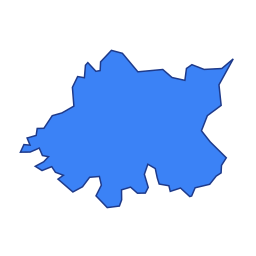 outline of Shurchi, Surkhandarya, Uzbekistan, rotated 267°
{"feature_id": "79887680B75578252058464", "entity_name": "Shurchi", "entity_type": "district", "adm_level": 2, "iso_a3": "UZB", "parent_name": "Uzbekistan", "parent_adm1": "Surkhandarya", "projection": "robinson", "projection_center": [67.865, 37.956], "detail": "fine", "context": "isolated", "style": "filled", "palette": "blue", "viewbox_px": 256, "rotation_deg": 267, "n_neighbors": 0, "source": "geoboundaries", "source_scale": "gbopen_adm2", "svg_char_len": 1012}
<svg xmlns="http://www.w3.org/2000/svg" viewBox="0 0 256 256"><g transform="rotate(267 128 128)"><path d="M123.3,26.7L116.0,29.3L116.9,23.2L109.5,19.3L109.1,29.0L112.6,38.3L105.0,41.1L103.5,47.1L98.7,42.1L94.6,33.4L90.0,39.9L93.4,49.8L87.6,53.2L84.2,61.0L80.6,55.4L67.0,69.6L71.7,79.5L80.8,87.1L81.1,96.9L72.3,98.4L61.9,92.5L49.6,103.1L50.5,115.3L56.6,117.9L66.6,118.3L68.8,127.5L62.4,134.0L62.1,141.9L67.6,145.1L80.9,141.9L90.8,145.9L86.1,153.1L76.7,154.6L70.4,156.2L68.2,165.8L62.5,166.9L65.3,177.3L56.3,186.1L56.8,188.0L64.8,191.9L67.5,206.6L75.4,213.6L78.3,218.6L85.8,219.4L93.1,224.6L109.9,209.3L121.4,201.2L136.2,207.9L145.7,222.2L166.4,221.1L191.5,236.7L182.5,224.8L182.5,207.1L187.9,195.1L184.4,189.5L172.6,187.3L176.1,174.6L184.6,165.8L183.6,140.8L202.9,126.3L206.4,115.5L195.5,104.1L186.8,103.2L186.3,98.9L195.4,91.3L192.9,88.8L180.5,87.1L182.0,80.4L171.5,74.6L152.7,75.1L146.5,62.8L144.3,53.0L132.1,44.0L132.3,37.3L125.4,35.9L123.3,26.7Z" fill="#3b82f6" stroke="#1e3a8a" stroke-width="1.5"/></g></svg>